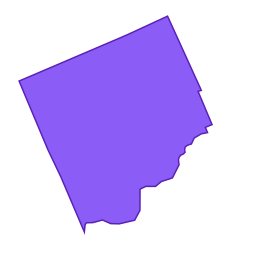 outline of Crawford, Illinois, United States of America, rotated 67°
{"feature_id": "52423323B85886760201648", "entity_name": "Crawford", "entity_type": "district", "adm_level": 2, "iso_a3": "USA", "parent_name": "United States of America", "parent_adm1": "Illinois", "projection": "natural_earth1", "projection_center": [-87.64, 39.014], "detail": "fine", "context": "isolated", "style": "filled", "palette": "violet", "viewbox_px": 256, "rotation_deg": 67, "n_neighbors": 0, "source": "geoboundaries", "source_scale": "gbopen_adm2", "svg_char_len": 625}
<svg xmlns="http://www.w3.org/2000/svg" viewBox="0 0 256 256"><g transform="rotate(67 128 128)"><path d="M206.6,208.8L200.2,205.2L199.0,203.3L201.4,197.2L202.7,187.5L209.3,181.2L212.8,173.5L215.5,157.9L208.5,149.2L189.0,140.8L188.7,134.4L192.5,125.5L190.3,118.2L191.3,106.6L181.8,95.4L177.0,94.0L175.0,92.5L173.7,90.3L173.5,87.2L172.7,85.0L170.2,84.4L168.2,83.1L167.5,81.9L167.2,80.0L167.2,78.1L167.5,75.9L163.1,71.0L162.0,62.9L163.3,56.6L157.6,56.5L157.7,49.3L121.7,49.2L122.0,45.8L40.5,47.9L41.9,93.3L42.2,209.9L57.3,210.0L116.6,210.2L146.8,208.9L206.6,208.8Z" fill="#8b5cf6" stroke="#5b21b6" stroke-width="1.5"/></g></svg>